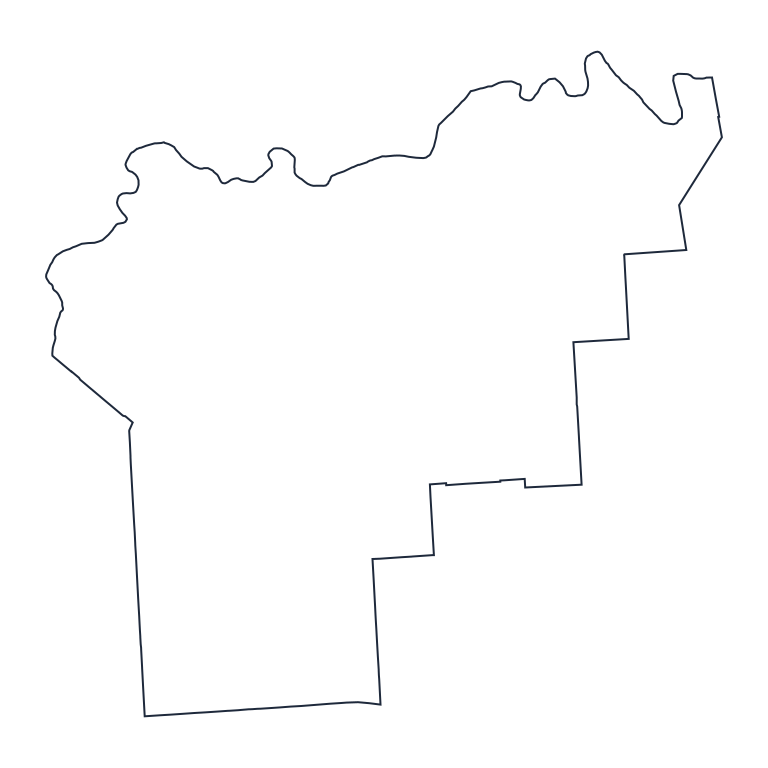 Campbelltown (SA), South Australia, Australia (Equal Earth projection)
{"feature_id": "25037944B38277479897228", "entity_name": "Campbelltown (SA)", "entity_type": "district", "adm_level": 2, "iso_a3": "AUS", "parent_name": "Australia", "parent_adm1": "South Australia", "projection": "equal_earth", "projection_center": [138.68, -34.885], "detail": "fine", "context": "isolated", "style": "outline", "palette": "slate", "viewbox_px": 768, "rotation_deg": 0, "n_neighbors": 0, "source": "geoboundaries", "source_scale": "gbopen_adm2", "svg_char_len": 5960}
<svg xmlns="http://www.w3.org/2000/svg" viewBox="0 0 768 768"><path d="M712.0,77.5L706.5,77.6L704.6,78.3L702.7,78.6L696.0,78.5L694.7,78.3L693.2,77.7L690.6,75.4L688.1,74.3L686.6,74.1L681.4,73.9L677.6,73.9L673.7,75.9L673.2,80.6L676.0,91.7L678.7,101.0L679.6,105.0L681.2,108.1L681.5,109.0L681.9,111.0L682.0,112.4L682.0,116.9L681.8,118.0L678.5,120.6L677.1,122.8L675.9,123.5L673.7,124.2L673.1,124.2L669.1,123.8L664.5,122.9L663.3,122.4L661.3,120.9L656.6,115.6L654.9,114.1L651.7,110.5L649.4,108.8L648.7,108.0L643.4,102.4L642.0,99.5L640.2,97.4L638.9,95.8L637.2,94.4L633.9,90.8L629.3,87.7L626.8,85.0L624.5,83.5L623.2,82.5L621.1,80.4L618.7,77.2L616.0,75.3L611.7,69.7L610.1,67.8L608.2,64.3L607.6,63.6L606.5,63.0L604.9,60.8L601.8,54.7L599.6,52.4L597.7,51.7L595.7,52.0L593.8,52.6L590.6,54.2L589.6,55.2L588.1,55.8L587.4,56.3L586.0,58.5L585.0,62.7L584.8,63.7L585.1,65.7L585.2,70.0L585.5,71.8L587.5,78.5L588.0,82.0L588.1,85.5L587.6,88.3L586.3,91.6L585.0,93.5L584.0,94.3L582.3,95.2L577.8,95.5L575.9,96.1L575.0,96.2L570.9,96.0L568.2,95.3L567.1,94.5L565.9,93.0L565.7,91.7L563.0,86.3L559.6,82.3L555.0,78.6L550.0,79.1L548.8,79.4L547.6,80.3L545.1,82.7L543.3,83.5L542.6,84.0L540.7,86.6L537.8,92.4L536.0,94.5L535.4,95.0L533.4,98.1L531.7,99.7L531.2,100.0L529.6,100.4L528.2,100.4L526.1,100.0L524.1,99.5L520.7,97.2L520.5,96.8L519.9,95.6L519.8,94.3L520.8,88.8L520.9,86.3L520.3,85.0L519.6,84.4L517.4,83.9L515.5,82.9L512.7,81.8L511.2,81.4L504.0,81.7L501.9,82.1L498.8,82.9L491.7,86.3L488.0,86.5L485.5,87.4L482.6,88.2L480.4,88.5L474.3,90.4L470.7,91.2L466.5,97.1L464.2,99.8L461.8,101.8L458.2,105.9L455.3,108.6L453.0,111.6L447.8,116.1L447.2,116.7L441.1,122.8L439.2,124.5L438.4,126.0L437.0,132.2L436.2,137.4L433.9,146.6L432.1,150.6L431.8,151.1L430.7,153.5L430.6,153.8L429.8,154.9L428.7,155.8L427.7,156.3L426.5,157.3L425.9,157.6L423.4,158.1L417.1,157.8L415.8,157.7L408.7,156.8L404.3,155.9L399.2,155.5L394.4,155.6L385.9,156.4L382.3,156.3L378.3,157.8L374.2,159.1L371.9,160.2L370.1,160.5L368.7,161.2L367.9,161.6L367.0,162.3L359.1,164.9L358.3,164.8L353.3,167.1L352.3,167.3L343.9,171.4L337.3,173.6L334.9,174.8L334.2,175.1L332.9,175.5L331.7,176.2L331.0,177.1L329.9,180.1L328.5,182.2L328.2,183.4L325.8,185.5L323.5,185.8L320.7,185.7L313.2,185.8L310.8,185.2L307.6,183.8L305.1,182.0L304.5,181.5L301.5,179.0L299.7,178.1L296.6,175.7L295.5,174.3L294.6,172.6L294.6,168.7L294.3,167.3L294.8,160.0L294.7,158.4L294.5,157.5L293.4,156.2L291.2,154.3L289.4,152.4L287.7,151.0L285.4,150.0L282.0,148.5L276.5,148.3L273.6,148.6L269.7,151.8L268.4,154.2L268.3,155.4L269.3,158.3L271.2,160.9L271.6,161.8L272.0,166.0L271.2,167.4L264.8,173.1L262.5,175.6L259.2,177.5L255.5,181.0L253.3,181.9L249.4,181.8L242.4,180.4L240.9,179.9L239.9,179.2L239.2,178.9L238.2,178.3L236.6,178.3L233.6,178.9L231.9,179.5L231.1,179.8L228.0,182.0L225.5,183.2L225.0,183.3L224.5,183.3L222.8,183.1L221.6,182.4L220.3,180.5L218.4,176.5L217.3,174.8L213.7,171.8L213.2,171.0L212.0,170.2L208.1,168.2L207.5,168.1L204.1,168.1L202.2,168.7L200.2,168.7L199.8,168.6L199.3,168.5L197.3,167.7L194.1,166.5L186.8,161.4L181.5,156.8L179.3,153.7L176.0,150.0L174.2,147.1L171.1,145.3L168.7,144.1L164.7,142.9L163.9,142.3L161.2,143.0L156.8,143.3L155.2,143.3L154.1,143.5L146.0,145.8L141.1,147.7L139.6,147.9L137.3,148.9L137.0,148.8L133.1,152.0L132.2,152.3L131.2,153.1L130.3,154.2L126.6,161.1L125.7,163.6L125.5,164.8L126.5,167.6L128.2,170.3L129.6,171.2L132.0,171.9L132.6,172.3L135.5,174.6L137.2,176.9L138.5,180.3L138.6,184.8L138.1,186.9L137.3,189.1L136.9,190.0L136.6,190.6L135.7,191.9L133.5,192.9L130.2,193.4L126.5,193.1L122.9,193.5L121.5,194.1L119.4,195.7L118.6,196.7L117.7,199.2L117.0,202.6L117.7,205.5L119.8,209.2L122.4,212.9L125.1,215.7L126.7,218.0L126.9,219.3L125.4,221.8L123.5,222.8L119.6,223.5L117.9,223.8L116.4,224.6L113.6,228.2L112.8,229.7L108.5,234.7L102.8,239.8L102.0,240.3L98.3,241.7L94.5,242.8L90.0,243.0L87.9,243.1L81.7,243.8L75.9,246.3L72.9,247.3L69.7,249.0L66.9,249.8L62.9,251.3L58.1,254.4L57.1,254.9L56.8,255.1L54.7,257.4L53.4,259.5L52.2,262.2L50.4,264.7L48.2,270.0L46.3,274.4L46.1,276.4L46.3,277.7L47.0,279.1L49.5,283.0L51.3,284.2L52.2,285.2L52.7,286.3L53.0,288.6L54.0,290.1L56.3,291.9L57.6,293.3L58.9,295.3L61.7,301.0L62.2,302.6L62.2,305.3L63.0,308.4L62.9,309.6L62.5,310.4L61.3,311.3L60.3,312.6L59.3,316.7L57.4,321.0L57.3,321.3L55.5,327.6L54.9,331.1L54.8,334.8L55.3,336.5L55.4,338.6L54.7,341.3L53.5,345.1L52.8,347.8L52.3,353.5L52.4,355.7L54.3,357.4L62.9,364.6L71.4,371.7L71.5,371.5L79.0,377.8L80.2,379.7L89.9,387.9L96.8,393.7L103.8,399.6L106.3,401.7L114.9,408.9L122.8,415.6L124.2,416.1L125.3,416.2L132.7,422.5L129.3,430.2L129.2,431.1L129.9,442.8L130.5,455.9L130.5,457.5L130.8,464.2L131.2,471.3L132.2,489.5L132.8,500.3L134.2,524.7L134.7,532.3L135.2,542.8L135.3,545.6L135.8,553.4L136.4,564.8L136.9,574.6L138.2,599.1L138.4,602.6L139.2,616.3L139.5,622.4L139.9,630.0L140.3,636.4L140.3,637.2L140.7,644.3L141.1,647.7L141.2,650.3L142.1,667.4L142.1,667.8L143.1,686.8L144.7,716.3L159.7,715.3L168.1,714.8L169.8,714.7L184.5,713.7L194.3,713.0L204.8,712.4L216.8,711.6L228.1,710.8L228.9,710.8L238.3,710.2L241.5,709.9L248.5,709.3L251.9,709.2L257.4,708.8L260.7,708.7L272.9,707.9L280.2,707.4L290.4,706.6L301.2,706.0L330.3,703.7L341.2,703.0L346.4,702.6L358.0,702.2L369.3,703.2L380.5,704.6L380.3,700.6L379.2,679.2L378.9,675.2L378.7,670.6L378.7,669.7L377.9,657.1L377.1,643.2L376.3,628.5L375.9,621.9L375.5,614.7L375.1,606.5L374.7,599.2L373.7,580.3L372.5,559.0L380.2,558.7L391.7,557.9L401.8,557.2L411.7,556.6L412.6,556.5L432.9,555.1L433.9,555.1L432.8,536.9L431.4,512.4L430.8,502.1L430.6,498.7L430.5,497.0L429.9,484.4L446.1,483.2L446.2,485.2L458.5,484.3L465.4,483.8L475.2,483.2L485.2,482.6L500.3,481.7L500.3,480.5L504.5,480.3L524.7,478.9L525.2,487.5L581.6,484.7L579.0,438.4L578.9,436.2L577.2,406.6L576.7,404.4L576.7,397.5L573.4,342.2L578.5,341.9L628.7,338.9L625.9,286.6L625.4,277.7L624.3,256.3L624.1,255.0L624.5,254.3L684.9,250.1L686.3,250.0L679.1,205.1L692.4,184.0L721.9,137.3L718.2,117.0L719.2,116.8L716.0,99.7L712.7,81.3L712.0,77.5Z" fill="none" stroke="#1e293b" stroke-width="2"/></svg>